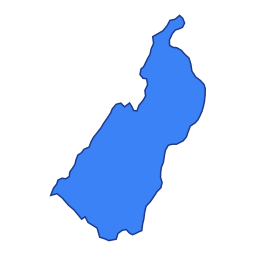 Wenceslau Braz, Minas Gerais, Brazil
{"feature_id": "56859067B98863111955151", "entity_name": "Wenceslau Braz", "entity_type": "district", "adm_level": 2, "iso_a3": "BRA", "parent_name": "Brazil", "parent_adm1": "Minas Gerais", "projection": "equal_earth", "projection_center": [-45.398, -22.544], "detail": "fine", "context": "isolated", "style": "filled", "palette": "blue", "viewbox_px": 256, "rotation_deg": 0, "n_neighbors": 0, "source": "geoboundaries", "source_scale": "gbopen_adm2", "svg_char_len": 1528}
<svg xmlns="http://www.w3.org/2000/svg" viewBox="0 0 256 256"><path d="M179.6,15.4L175.0,19.3L169.9,20.4L167.2,25.6L162.9,30.8L157.9,33.7L152.7,36.6L153.6,43.4L151.2,48.9L150.0,54.4L147.8,58.2L145.7,62.5L143.7,66.7L141.0,68.9L140.0,74.6L143.0,78.3L146.6,78.8L147.6,84.8L144.9,90.4L145.6,96.0L143.0,100.5L139.0,105.3L136.9,111.0L133.6,110.5L132.0,106.9L129.6,103.0L124.5,106.8L120.8,103.1L116.2,104.3L112.3,108.8L110.6,113.0L107.7,117.5L103.6,123.4L100.9,128.0L97.1,132.8L93.3,137.6L91.0,141.9L89.1,147.1L84.1,149.2L81.4,152.8L77.8,155.1L75.9,160.2L75.0,164.4L72.5,168.2L69.8,172.0L69.3,176.5L65.7,178.8L61.8,178.2L58.0,180.2L56.7,184.1L53.5,188.2L50.7,195.4L57.0,193.7L62.1,197.8L68.4,205.1L74.2,210.1L81.7,219.2L85.1,216.7L88.0,222.4L97.1,228.0L99.7,237.2L104.8,238.8L108.9,240.6L116.2,239.2L117.9,233.5L122.1,230.4L126.2,229.5L129.5,233.1L132.5,234.7L135.5,233.5L138.6,231.9L141.8,230.6L142.6,224.0L143.8,219.0L144.6,212.6L146.1,206.2L150.5,201.4L153.8,196.6L156.9,191.8L160.9,187.7L162.1,182.6L160.5,177.3L160.7,172.1L161.4,167.2L163.4,162.2L164.4,155.4L165.4,150.3L168.3,145.2L172.4,144.2L176.5,144.2L180.1,142.4L183.2,140.8L186.4,136.9L188.1,131.8L190.3,126.0L195.0,123.0L197.9,119.8L200.0,115.7L201.9,111.4L203.4,106.3L204.4,101.5L205.1,95.2L205.3,88.8L204.0,84.5L200.5,80.6L195.6,76.9L191.9,71.1L190.8,64.0L188.9,58.0L184.9,54.4L181.3,50.3L176.9,47.8L172.8,47.3L169.6,45.3L169.4,40.0L172.3,33.7L175.4,30.0L179.1,28.8L182.5,27.3L184.6,23.1L182.7,18.3L179.6,15.4Z" fill="#3b82f6" stroke="#1e3a8a" stroke-width="1.5"/></svg>